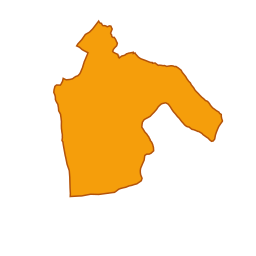 the district of Awe, Nassarawa, Nigeria, rotated 24°
{"feature_id": "59680162B80791368745463", "entity_name": "Awe", "entity_type": "district", "adm_level": 2, "iso_a3": "NGA", "parent_name": "Nigeria", "parent_adm1": "Nassarawa", "projection": "robinson", "projection_center": [9.241, 8.214], "detail": "fine", "context": "isolated", "style": "filled", "palette": "amber", "viewbox_px": 256, "rotation_deg": 24, "n_neighbors": 0, "source": "geoboundaries", "source_scale": "gbopen_adm2", "svg_char_len": 3599}
<svg xmlns="http://www.w3.org/2000/svg" viewBox="0 0 256 256"><g transform="rotate(24 128 128)"><path d="M141.8,192.3L142.7,190.9L144.4,187.7L145.8,186.3L147.8,184.7L150.1,183.0L152.6,180.4L154.6,179.0L156.8,177.0L158.8,175.4L161.6,170.8L161.3,168.2L158.6,165.6L157.4,163.7L156.5,161.8L155.9,159.6L155.8,155.0L155.8,154.4L155.8,150.8L154.5,146.3L155.7,144.3L157.9,143.3L159.3,141.7L160.7,138.4L159.2,135.5L157.2,133.0L155.4,131.4L153.9,130.6L153.3,130.3L153.0,129.7L152.8,129.5L151.5,128.6L150.6,127.7L148.9,126.8L147.6,125.9L146.3,125.4L144.6,124.6L143.3,123.6L142.0,122.7L140.3,121.7L139.4,119.1L139.2,118.2L138.8,116.9L139.3,113.9L140.4,112.3L141.8,110.6L143.5,108.3L144.6,105.1L145.4,103.1L146.5,99.5L147.0,96.3L147.8,94.3L148.7,92.4L149.8,91.4L152.1,89.7L153.5,89.7L155.2,89.9L158.1,91.5L159.9,92.8L162.8,94.6L165.7,95.9L168.5,97.4L170.9,98.3L174.3,100.2L176.4,101.1L178.4,102.1L180.7,102.7L182.1,102.6L183.5,102.3L185.6,102.9L187.0,103.2L188.7,102.8L191.3,102.7L193.3,102.7L194.2,102.4L195.8,102.6L197.9,102.9L199.1,103.5L203.4,104.4L205.4,104.7L207.4,105.6L209.7,106.2L211.1,105.2L211.7,102.9L210.7,98.7L210.4,95.2L210.3,92.3L210.3,89.7L210.8,86.8L211.5,83.5L211.2,82.8L210.0,81.6L208.6,79.6L207.7,77.7L206.9,77.5L206.0,77.5L204.5,76.5L202.6,76.3L200.7,76.0L199.7,75.7L197.2,75.2L196.7,75.0L195.9,74.6L194.8,74.1L193.7,73.5L192.8,72.8L192.3,72.5L190.5,71.6L189.5,71.3L187.6,71.4L185.3,70.5L182.9,69.9L180.6,69.0L179.8,68.7L178.6,68.1L175.2,66.8L173.4,65.9L171.7,64.6L170.5,64.0L168.2,62.8L166.7,61.5L164.4,60.6L161.8,59.1L159.8,57.6L156.9,56.1L154.9,55.1L153.0,53.6L151.0,53.1L149.6,52.7L146.7,52.3L145.8,52.9L143.9,53.0L142.3,53.5L142.0,53.6L141.7,53.8L140.1,54.8L138.3,56.0L135.9,56.1L134.9,56.7L134.2,56.9L132.6,57.3L130.7,58.0L130.2,58.5L127.5,57.9L126.4,57.6L125.1,58.3L124.7,58.5L124.1,58.9L123.6,58.3L121.7,59.0L119.3,59.1L116.4,59.2L112.2,59.5L111.2,59.5L108.8,59.1L104.4,57.1L103.9,56.6L102.6,57.7L102.5,57.8L102.0,56.7L99.6,58.4L97.8,59.6L97.4,60.2L96.5,60.8L95.6,62.5L94.8,63.4L93.0,64.8L92.6,65.6L91.5,67.6L90.5,67.1L90.3,66.1L89.5,66.0L88.8,64.9L88.0,64.9L86.2,64.9L83.7,64.7L82.8,64.2L82.7,62.0L83.1,60.4L83.5,59.3L84.2,57.5L84.0,56.0L83.8,54.9L82.3,53.7L80.6,52.1L79.3,51.3L78.5,50.8L77.5,51.4L76.0,51.0L75.1,49.6L74.5,49.3L73.5,48.4L73.4,46.2L73.3,44.0L72.1,43.0L70.9,41.9L69.4,42.3L68.6,43.3L67.8,44.0L66.7,43.8L65.2,43.9L64.8,44.1L63.5,44.7L62.1,44.1L61.2,43.2L60.0,43.6L58.0,42.6L57.7,42.3L55.4,51.9L53.8,56.1L51.0,59.9L49.8,66.2L48.0,71.6L47.7,73.9L48.7,73.9L49.7,73.9L50.7,74.0L51.0,74.0L54.1,75.0L55.7,75.2L57.5,75.3L58.9,75.4L60.8,75.5L60.9,76.5L61.0,77.5L61.0,79.4L61.1,82.9L61.1,83.2L61.1,85.3L61.2,85.9L61.6,89.4L61.9,91.3L61.9,93.6L62.0,95.9L61.9,98.0L61.5,99.2L61.0,100.6L60.6,101.0L59.4,102.1L58.9,102.9L58.3,103.7L58.0,104.4L57.3,105.6L55.8,106.8L55.3,107.2L54.1,107.9L52.0,109.1L50.0,109.1L48.6,109.0L49.2,112.0L49.1,113.0L49.0,114.9L48.8,116.3L46.9,117.1L45.2,117.8L44.3,119.7L44.9,123.2L45.7,125.6L47.8,127.6L48.8,128.9L49.2,129.6L50.1,131.5L51.3,132.7L52.7,133.8L54.3,134.9L55.6,136.9L56.0,137.4L56.7,138.7L57.7,140.5L58.0,140.7L58.9,141.4L60.4,142.6L60.8,142.9L61.3,143.8L62.4,145.5L63.7,147.7L64.5,149.0L66.1,152.8L67.4,155.5L68.5,157.3L69.1,158.3L69.4,158.8L70.7,160.7L71.6,162.8L72.0,163.5L72.6,165.6L72.8,166.3L74.2,167.2L75.4,169.2L79.4,175.1L81.8,178.6L83.1,180.3L87.1,185.9L91.5,190.6L92.0,191.4L94.8,196.6L99.3,206.0L102.2,211.7L102.3,212.1L103.1,214.1L104.6,213.3L105.0,213.1L110.6,210.2L113.3,208.9L120.8,203.7L128.3,200.6L134.3,196.9L136.6,195.5L137.7,194.8L140.1,193.3L141.8,192.3Z" fill="#f59e0b" stroke="#b45309" stroke-width="1.5"/></g></svg>